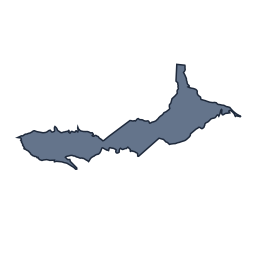 Moravia, San José, Costa Rica (orthographic projection), rotated 46°
{"feature_id": "36466004B8745227271040", "entity_name": "Moravia", "entity_type": "district", "adm_level": 2, "iso_a3": "CRI", "parent_name": "Costa Rica", "parent_adm1": "San José", "projection": "orthographic", "projection_center": [-84.02, 10.01], "detail": "fine", "context": "isolated", "style": "filled", "palette": "slate", "viewbox_px": 256, "rotation_deg": 46, "n_neighbors": 0, "source": "geoboundaries", "source_scale": "gbopen_adm2", "svg_char_len": 5806}
<svg xmlns="http://www.w3.org/2000/svg" viewBox="0 0 256 256"><g transform="rotate(46 128 128)"><path d="M116.1,48.7L127.6,60.9L130.0,60.8L131.6,62.1L132.3,62.4L132.6,62.6L132.6,62.8L133.1,63.5L134.4,64.2L134.7,64.5L134.9,65.1L135.0,66.1L135.4,66.9L135.8,67.3L137.3,68.5L137.6,71.8L137.5,76.0L139.8,79.8L140.1,82.1L141.3,83.4L141.9,83.8L142.9,84.3L143.1,84.9L143.2,86.4L142.9,87.5L142.9,88.9L142.0,91.4L142.0,91.9L142.2,92.3L142.3,93.1L142.3,95.2L142.0,96.3L142.0,98.1L142.0,98.9L142.2,99.5L142.2,103.1L141.4,105.1L140.4,106.8L140.3,107.5L139.9,108.6L139.8,108.9L139.4,109.1L137.8,108.5L137.1,108.5L136.6,108.8L135.6,110.2L134.9,110.8L133.8,111.5L132.4,111.8L132.0,112.1L131.2,112.7L130.4,113.5L129.8,113.9L128.8,114.0L128.3,114.1L128.1,114.5L127.9,115.5L128.1,116.9L128.1,117.7L128.0,117.9L127.5,118.1L127.1,118.4L126.7,119.2L126.2,119.8L124.8,120.7L124.0,121.4L120.7,147.6L120.2,154.0L119.7,155.0L117.9,155.1L117.7,155.2L117.0,155.2L116.9,155.4L116.3,155.4L115.7,155.6L114.6,155.6L113.9,155.4L113.5,155.4L112.1,156.0L111.1,156.2L110.7,156.6L110.4,157.2L110.3,158.2L110.0,158.6L109.6,158.9L109.1,159.1L108.6,159.1L108.5,158.5L108.7,158.2L108.7,157.6L108.5,157.3L106.7,157.0L106.4,157.1L105.9,157.9L105.4,158.3L104.1,158.8L103.7,158.9L103.1,159.2L102.3,159.7L100.7,161.4L99.8,162.2L99.7,162.4L97.8,163.7L96.9,164.1L96.3,164.2L94.0,164.2L92.5,163.5L93.0,164.2L94.9,165.3L96.0,166.8L95.8,167.0L95.4,167.1L94.2,167.1L93.9,167.3L93.9,168.1L94.1,168.6L94.1,169.2L92.5,170.3L91.5,170.6L91.4,170.7L91.1,171.3L91.1,171.6L91.5,172.9L91.5,173.1L91.2,173.4L90.0,173.6L89.6,172.7L89.2,172.4L88.6,172.3L88.5,173.5L88.4,173.7L87.2,175.5L87.0,176.0L86.5,176.8L86.2,177.1L85.6,178.5L85.0,179.2L84.3,179.7L83.1,179.7L82.1,180.1L81.4,180.2L80.6,180.2L79.3,179.7L78.6,179.5L77.5,179.4L76.2,179.5L76.4,180.3L76.9,181.0L77.7,181.7L78.5,182.2L79.2,183.1L79.1,183.9L78.6,184.7L78.5,185.1L78.2,185.5L77.9,185.6L75.5,185.5L74.9,186.6L74.4,189.5L73.8,190.6L72.6,192.2L72.1,192.7L71.6,193.0L70.8,193.6L67.3,196.1L65.0,197.2L64.7,197.5L64.3,198.3L64.0,200.4L63.5,202.0L62.6,203.5L62.0,205.1L61.4,205.7L60.9,206.8L60.6,209.0L60.4,209.4L59.6,210.1L58.2,214.0L59.0,213.4L59.3,213.2L60.3,212.3L60.9,212.1L61.2,212.1L62.1,212.7L62.2,213.7L63.6,213.7L63.7,214.2L64.0,214.4L66.8,215.1L66.9,215.5L67.1,215.7L70.0,216.2L70.3,216.9L70.5,217.1L71.0,217.2L71.4,217.0L71.7,216.5L73.1,216.4L74.5,215.9L75.3,215.7L77.7,215.7L78.5,215.8L79.0,216.0L80.4,216.0L81.1,215.7L81.9,215.7L82.9,215.1L83.5,215.0L83.9,214.6L84.5,214.1L85.1,213.9L86.4,214.0L86.6,213.6L86.6,213.2L88.2,213.6L89.5,213.5L91.5,212.5L91.9,211.9L92.3,211.0L94.2,208.5L95.8,207.4L96.9,206.8L100.0,203.3L100.2,203.8L101.2,204.4L102.3,202.6L106.5,199.0L108.7,197.9L109.4,197.3L110.0,197.0L110.9,196.4L118.6,194.4L121.2,194.3L122.0,193.5L121.7,193.1L121.1,192.6L111.8,192.7L111.2,192.2L110.2,191.7L108.8,193.3L108.2,193.4L105.5,193.4L105.5,192.8L105.6,192.6L105.6,192.2L105.8,191.8L107.0,189.9L107.5,188.9L108.3,187.8L109.1,187.1L109.7,186.9L110.3,186.4L110.5,186.4L110.6,186.2L111.5,185.6L112.2,185.5L112.5,185.2L112.9,185.2L113.4,184.9L113.6,184.9L114.3,184.3L115.9,183.7L116.7,183.1L117.5,182.1L118.4,181.5L118.6,181.5L118.8,181.2L119.4,180.9L122.4,180.2L123.3,179.8L124.8,179.7L124.7,179.1L123.9,176.2L123.9,174.6L124.0,174.2L124.4,172.5L124.7,171.9L124.7,171.0L124.9,170.2L125.2,169.2L125.7,168.2L125.9,168.1L126.3,167.3L126.3,165.5L125.9,164.3L125.8,163.9L124.6,161.4L124.3,160.5L124.7,160.0L126.5,159.4L127.8,159.1L128.1,158.9L128.7,158.8L128.7,158.6L129.4,158.4L130.1,157.9L130.7,157.8L130.8,157.7L130.7,157.5L129.5,155.7L129.5,154.8L129.8,154.4L130.3,154.3L130.6,154.0L130.8,154.0L131.3,153.5L132.7,152.5L134.8,151.8L135.6,151.7L136.0,152.7L136.6,153.3L137.3,153.6L137.9,153.6L138.5,153.2L138.9,152.6L139.2,151.5L139.2,151.1L137.9,149.7L137.5,148.9L137.3,147.7L137.4,147.4L138.8,147.2L139.6,146.9L139.8,146.7L140.9,144.2L141.6,143.5L141.7,141.4L144.9,141.3L145.3,141.4L146.0,142.3L146.5,142.5L146.7,142.4L146.9,141.3L147.4,140.8L147.5,140.7L147.3,141.0L148.3,140.6L148.7,140.2L149.4,139.8L150.7,139.4L151.2,139.4L151.8,139.0L153.2,138.9L153.8,139.6L154.6,140.1L154.9,140.5L155.3,140.5L155.7,140.0L156.9,112.8L160.9,110.4L164.4,110.4L165.7,109.7L168.6,109.6L169.1,108.6L170.5,106.7L170.7,106.4L172.1,104.8L173.0,102.7L174.1,100.9L174.5,99.9L176.3,96.3L176.6,95.5L176.9,93.8L177.0,89.9L176.8,89.4L176.8,88.9L176.6,88.4L175.6,87.0L176.1,79.6L176.3,78.7L176.6,78.2L176.6,76.7L177.6,75.8L178.4,75.8L179.7,75.4L179.9,75.2L180.1,74.5L180.2,73.8L180.2,72.8L180.1,72.5L179.6,71.8L179.4,71.0L178.6,70.0L178.4,69.1L178.4,68.5L179.0,66.6L179.2,65.7L179.1,62.1L179.6,60.8L180.5,59.4L181.0,58.4L181.0,57.1L180.7,55.6L180.7,54.6L181.0,54.3L181.3,54.3L181.8,54.3L182.6,54.5L181.4,51.5L179.8,49.1L179.6,48.5L179.6,47.8L179.9,47.8L180.4,48.1L182.1,50.1L182.6,50.5L182.9,50.7L183.5,50.7L184.1,50.9L184.6,50.4L184.7,50.1L185.0,48.4L185.2,47.8L186.1,46.6L186.6,46.0L187.8,44.2L186.7,44.0L185.9,43.8L185.9,43.0L186.2,42.5L187.1,42.1L188.5,41.7L190.9,41.7L192.0,41.9L193.7,42.6L194.3,42.7L194.8,41.0L195.2,41.0L195.7,40.8L196.0,40.8L196.3,40.4L196.9,39.9L197.8,39.6L197.8,38.9L197.4,38.8L196.7,39.2L193.7,40.1L191.3,40.5L190.6,40.5L189.9,40.7L186.3,40.7L183.9,40.5L182.1,41.5L181.0,42.3L180.1,42.7L178.9,43.0L178.1,43.4L176.8,44.5L174.9,45.7L173.8,46.7L172.8,47.0L171.1,47.0L170.8,47.2L169.7,48.0L168.6,49.4L166.2,51.3L164.8,52.0L163.5,52.7L162.0,53.4L158.1,55.7L156.2,54.4L155.2,54.5L154.3,54.7L152.3,54.7L150.7,53.8L149.9,52.9L149.3,52.5L149.0,52.4L147.6,52.4L147.1,52.5L145.2,53.4L142.7,55.2L141.9,55.5L141.3,55.9L140.1,56.3L140.2,55.8L140.5,55.2L140.4,54.8L139.7,54.6L137.8,54.7L136.6,54.1L135.7,53.4L134.3,52.8L132.9,51.6L128.8,50.1L126.7,49.6L126.5,48.9L126.4,47.9L126.0,46.8L125.6,46.2L124.4,45.3L123.0,43.9L122.3,43.5L116.1,48.7Z" fill="#64748b" stroke="#1e293b" stroke-width="1.5"/></g></svg>